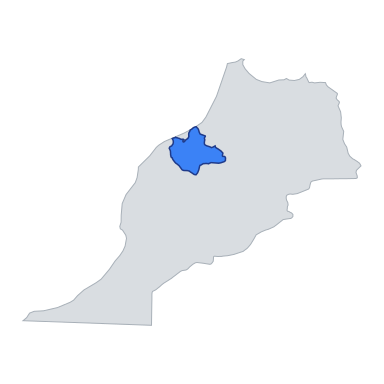 Morocco, with Chaouia - Ouardigha highlighted
{"feature_id": "MAR-1449", "entity_name": "Chaouia - Ouardigha", "entity_type": "Region", "adm_level": 1, "iso_a3": "MAR", "parent_name": "Morocco", "parent_adm1": "", "projection": "albers", "projection_center": [-7.234, 33.091], "detail": "fine", "context": "in_parent", "style": "filled", "palette": "blue", "viewbox_px": 384, "rotation_deg": 0, "n_neighbors": 0, "source": "natural_earth", "source_scale": "10m", "svg_char_len": 4066}
<svg xmlns="http://www.w3.org/2000/svg" viewBox="0 0 384 384"><path d="M26.7,317.6L29.6,313.1L34.2,311.3L43.5,310.8L57.4,307.6L70.1,302.3L73.6,300.2L77.5,295.7L84.0,289.9L95.7,283.0L101.2,279.1L109.5,269.2L115.1,261.0L119.7,255.7L122.9,251.0L125.1,246.1L126.5,238.3L125.8,235.2L122.5,230.1L120.3,228.8L119.8,226.4L121.1,222.2L121.2,215.1L122.2,203.6L126.1,194.5L135.3,182.6L137.1,177.6L138.3,169.7L138.4,167.0L149.7,155.9L156.3,147.4L158.6,145.3L164.4,141.5L184.3,133.0L195.5,126.9L202.0,122.4L205.9,117.1L216.5,96.3L226.6,67.0L227.4,63.6L232.0,62.6L235.3,62.1L237.9,61.0L241.2,58.7L244.3,59.6L242.8,61.1L242.8,64.7L245.1,68.8L249.1,73.5L256.3,79.4L261.9,81.6L269.8,82.9L278.9,80.0L284.0,79.8L286.4,78.5L289.2,80.1L294.4,80.5L299.3,79.4L303.0,76.7L305.3,73.7L305.7,75.1L305.9,76.7L306.6,77.6L308.3,81.2L309.1,82.6L312.0,82.2L314.5,82.9L320.1,82.3L325.5,82.6L326.4,85.0L328.0,86.8L333.8,90.9L337.3,93.4L337.4,94.3L336.5,96.6L336.1,98.1L337.1,99.7L339.2,101.6L339.4,102.5L339.0,103.6L338.0,105.8L340.6,111.8L341.3,117.8L341.0,122.1L341.1,124.6L341.5,126.6L343.7,131.4L342.8,139.4L344.5,143.7L346.7,147.1L348.2,153.4L349.9,156.3L352.7,158.8L354.3,159.6L357.4,161.6L359.6,163.3L361.0,165.9L358.5,168.3L356.4,170.4L356.0,172.6L357.2,175.9L357.3,177.8L356.0,178.5L350.4,178.6L346.1,178.7L341.1,178.7L334.1,178.8L329.8,178.8L323.9,178.8L321.8,179.0L316.4,180.2L312.6,181.0L312.0,181.3L310.8,182.2L310.1,184.7L309.5,187.7L308.7,189.0L297.3,193.6L292.8,194.3L290.1,194.0L288.3,194.4L286.7,195.3L286.2,196.7L286.2,198.4L286.6,200.2L287.8,202.6L288.1,205.0L287.4,206.7L287.3,208.4L287.0,210.3L287.6,211.3L288.8,211.4L289.9,212.2L291.5,212.9L292.9,214.4L292.9,216.5L291.9,217.7L290.9,218.4L286.6,219.0L283.1,219.6L278.7,223.1L273.9,226.8L268.3,229.3L265.8,230.0L261.4,231.8L256.2,234.8L253.7,239.3L250.5,244.5L247.4,248.1L243.1,251.4L239.1,252.7L234.0,254.4L227.6,255.7L223.0,256.1L221.7,256.4L217.7,256.5L215.7,256.3L214.3,256.2L213.7,256.5L213.5,257.3L213.4,259.2L213.2,261.3L211.9,263.1L211.0,264.0L209.9,264.3L206.6,263.8L203.7,263.3L197.0,262.5L195.7,262.7L195.2,262.9L193.1,264.1L189.9,266.7L187.7,269.0L186.0,270.0L182.1,270.6L180.4,271.4L173.1,277.0L171.5,278.3L163.9,283.1L161.8,284.7L160.1,286.3L155.6,289.9L152.6,291.4L152.1,292.4L151.9,294.6L151.9,299.5L151.8,304.1L151.7,310.9L151.6,317.7L151.5,325.3L23.0,320.7L26.7,317.6Z" fill="#d9dde1" stroke="#a8b0b8" stroke-width="1"/><path d="M190.2,130.1L192.2,128.8L193.2,127.8L194.2,127.3L195.3,126.9L196.2,126.7L196.3,126.8L197.3,128.0L197.8,128.4L198.4,129.4L198.8,130.6L199.1,131.8L200.0,133.9L200.8,134.3L203.3,135.2L204.0,135.5L205.1,135.8L205.3,136.4L204.9,137.1L204.5,137.7L204.4,138.6L204.7,139.4L204.8,140.0L204.6,140.4L204.3,143.0L204.6,144.5L205.5,145.2L206.7,145.8L209.9,146.8L211.4,147.6L212.8,147.2L215.1,145.9L215.5,147.3L216.7,148.2L217.7,148.7L221.0,151.0L222.9,153.1L222.7,154.1L222.5,154.7L222.4,155.9L222.8,156.4L224.2,156.4L225.0,156.8L225.6,158.1L225.4,158.8L225.5,160.2L224.9,161.2L224.1,161.7L220.8,162.8L218.7,163.2L210.9,162.6L210.0,163.1L209.2,163.3L208.7,163.8L208.2,163.7L207.5,163.6L206.9,163.5L205.3,163.5L203.8,163.7L203.3,163.6L200.9,165.1L200.0,165.3L199.6,166.3L198.8,169.8L197.6,172.8L196.0,174.8L194.2,174.5L191.3,172.5L190.4,172.0L189.4,171.1L187.4,170.6L183.8,170.5L183.1,170.2L182.6,170.1L181.9,169.6L179.1,165.7L176.9,163.9L175.8,163.2L174.8,162.1L173.2,160.0L172.6,159.0L172.3,157.9L172.0,157.6L171.4,157.5L171.1,156.9L170.9,156.4L170.9,155.7L170.6,155.0L170.6,153.8L170.4,150.9L169.2,148.2L169.6,147.4L170.0,146.7L170.7,146.3L171.4,146.1L171.9,145.7L172.1,145.2L172.4,144.7L172.9,144.2L173.3,142.8L173.3,141.3L173.1,140.2L172.2,138.6L173.5,138.0L174.8,137.7L175.4,137.4L175.6,137.2L176.2,137.6L177.6,137.9L178.3,138.2L179.3,138.4L181.1,139.4L181.9,139.2L183.5,139.3L183.9,139.7L182.9,140.6L182.9,141.3L183.1,141.8L183.7,142.0L184.2,141.7L184.6,141.4L185.5,140.1L187.9,138.4L188.8,136.7L188.8,135.9L188.7,135.2L188.7,134.7L188.7,134.2L188.8,133.2L189.0,132.6L189.5,131.9L189.7,131.2L190.1,130.7L190.2,130.2L190.2,130.1Z" fill="#3b82f6" stroke="#1e3a8a" stroke-width="1.5"/></svg>